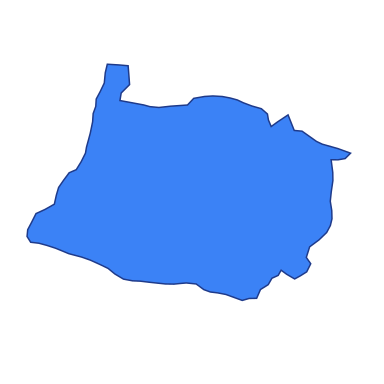 the district of Paço do Lumiar, Maranhão, Brazil, rotated 20°
{"feature_id": "56859067B28423582121888", "entity_name": "Paço do Lumiar", "entity_type": "district", "adm_level": 2, "iso_a3": "BRA", "parent_name": "Brazil", "parent_adm1": "Maranhão", "projection": "albers", "projection_center": [-44.126, -2.504], "detail": "fine", "context": "isolated", "style": "filled", "palette": "blue", "viewbox_px": 384, "rotation_deg": 20, "n_neighbors": 0, "source": "geoboundaries", "source_scale": "gbopen_adm2", "svg_char_len": 1437}
<svg xmlns="http://www.w3.org/2000/svg" viewBox="0 0 384 384"><g transform="rotate(20 192 192)"><path d="M322.8,144.2L320.5,133.1L317.6,125.5L311.7,114.1L318.2,111.8L324.5,108.2L327.7,101.3L314.3,101.3L298.1,102.5L291.7,101.9L283.0,99.5L274.6,97.2L267.0,99.2L255.9,86.7L248.4,96.9L244.0,103.4L239.2,98.2L236.2,92.9L228.7,90.0L218.8,90.7L209.6,90.6L203.1,90.0L195.8,90.6L187.8,91.9L178.8,94.6L171.2,97.9L161.6,103.4L158.0,111.8L142.5,118.7L132.0,123.9L123.2,126.2L116.9,126.7L106.7,128.4L93.0,130.7L91.6,123.2L96.6,112.4L92.9,104.2L88.8,95.2L80.2,97.5L68.7,100.9L69.7,109.5L72.3,119.6L71.4,129.0L70.2,137.4L72.3,144.5L72.3,152.1L74.6,160.0L76.3,171.6L76.9,178.5L77.5,185.9L78.6,191.9L77.5,201.4L75.6,210.6L70.0,215.9L67.3,224.9L65.1,233.3L65.6,241.3L66.8,250.5L59.8,258.7L52.8,265.6L51.6,275.7L50.5,283.6L52.2,290.2L57.6,294.4L65.6,292.5L74.0,291.8L82.8,291.5L91.0,291.8L97.2,292.1L103.9,291.5L110.4,290.9L119.6,290.8L130.4,291.6L139.3,292.5L147.5,295.4L157.4,297.3L166.5,295.8L173.8,293.5L183.6,291.2L198.5,287.5L206.6,284.7L212.2,282.0L217.8,279.4L227.4,277.0L236.5,279.7L243.4,279.7L250.7,278.0L258.9,276.7L276.3,276.7L282.1,272.5L289.1,269.8L289.7,260.2L295.3,253.0L296.6,245.7L301.5,240.9L302.5,235.0L309.0,236.9L318.2,238.6L322.5,233.7L327.1,227.8L328.1,218.8L321.8,214.4L321.3,203.3L327.7,193.6L332.4,184.0L333.5,176.2L332.7,169.3L329.7,161.7L325.1,153.4L322.8,144.2Z" fill="#3b82f6" stroke="#1e3a8a" stroke-width="1.5"/></g></svg>